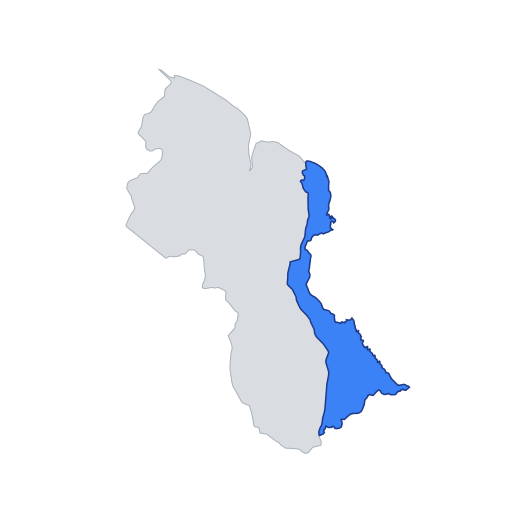 location of East Berbice-Corentyne within Guyana, rotated 347°
{"feature_id": "GUY-671", "entity_name": "East Berbice-Corentyne", "entity_type": "Region", "adm_level": 1, "iso_a3": "GUY", "parent_name": "Guyana", "parent_adm1": "", "projection": "robinson", "projection_center": [-57.523, 3.897], "detail": "fine", "context": "in_parent", "style": "filled", "palette": "blue", "viewbox_px": 512, "rotation_deg": 347, "n_neighbors": 0, "source": "natural_earth", "source_scale": "10m", "svg_char_len": 9631}
<svg xmlns="http://www.w3.org/2000/svg" viewBox="0 0 512 512"><g transform="rotate(347 256 256)"><path d="M167.7,237.9L157.4,224.9L147.0,211.7L136.8,198.8L136.1,197.1L140.4,191.0L144.2,186.5L147.4,184.0L148.9,181.8L147.8,172.4L147.9,169.0L146.4,165.3L145.3,161.1L146.6,157.6L148.2,155.2L150.2,154.3L154.9,153.4L158.3,153.1L159.5,151.7L161.5,150.1L164.0,150.0L169.0,151.1L171.3,149.0L175.5,146.2L184.8,141.3L186.9,138.1L188.4,133.2L188.2,130.9L187.3,130.0L185.0,129.2L181.4,129.1L178.6,130.3L175.7,129.6L173.2,126.6L173.1,124.1L174.5,120.5L173.7,118.2L169.0,110.7L169.1,108.6L172.5,105.3L174.4,102.4L177.0,95.5L179.1,93.3L185.6,92.5L187.3,91.0L190.6,87.4L195.5,83.2L202.6,79.9L204.6,73.9L205.9,72.3L211.6,69.1L212.5,67.4L212.4,66.0L203.4,52.5L205.2,53.4L212.2,62.2L216.1,64.1L216.9,64.1L216.9,61.9L220.5,62.8L229.7,68.8L243.2,78.8L262.1,97.6L267.5,104.7L271.1,108.1L276.8,116.3L278.4,120.3L278.3,136.2L273.3,147.0L272.0,155.1L271.7,165.9L268.8,172.0L272.7,168.7L273.9,158.9L277.2,153.0L281.4,146.5L287.1,145.0L293.3,147.8L298.2,148.2L302.6,150.2L311.8,160.5L320.9,168.7L324.1,175.3L333.7,178.6L339.4,183.8L341.2,188.3L342.4,200.1L340.5,217.8L341.0,218.7L338.4,222.2L338.0,224.4L336.3,228.4L335.0,230.5L336.9,235.4L339.0,235.6L339.9,236.3L340.4,237.2L340.3,238.3L339.5,239.2L337.4,240.4L335.4,243.2L335.6,246.3L334.4,248.0L330.4,248.8L322.6,248.8L318.8,249.1L315.8,249.6L313.8,251.6L311.2,253.0L309.3,253.4L307.5,255.7L305.7,259.0L306.3,261.3L308.1,264.4L309.2,267.5L307.8,272.5L306.3,276.4L305.4,279.4L304.1,285.1L301.1,291.4L299.0,295.0L299.0,298.9L300.1,304.4L306.2,312.4L308.2,316.3L309.8,322.4L315.3,327.3L318.8,331.2L318.5,336.4L318.9,338.0L321.1,339.3L323.7,340.3L326.6,340.3L329.1,339.8L329.7,339.1L335.7,339.0L336.4,340.3L336.7,347.8L337.0,350.8L338.4,352.0L339.2,353.8L339.3,355.5L339.6,359.7L340.4,361.9L340.3,366.4L340.9,368.0L342.6,369.1L344.6,372.3L345.4,372.7L345.8,373.8L347.6,378.4L348.5,379.8L349.1,380.0L349.4,381.5L350.7,385.8L351.6,386.8L353.2,390.0L353.9,393.4L356.1,397.2L358.4,399.9L359.4,402.7L362.2,408.9L365.0,413.3L368.8,414.4L371.9,415.0L373.9,416.7L375.9,418.5L373.8,419.3L371.9,420.4L369.3,419.6L365.7,420.0L362.0,421.2L358.5,421.9L352.1,419.9L350.1,419.6L348.7,418.8L346.0,415.0L344.7,414.5L341.3,416.3L337.1,417.5L335.0,417.3L332.6,418.6L330.4,420.3L326.1,427.8L323.9,430.4L321.5,431.7L316.7,431.6L311.6,431.9L307.8,433.7L304.3,434.6L302.5,434.8L301.9,438.9L301.1,440.8L300.0,441.9L297.2,442.2L294.7,442.0L293.2,440.3L290.4,439.5L287.9,438.9L286.3,437.9L285.0,438.1L283.9,439.8L283.0,441.3L282.3,444.0L278.5,444.8L276.9,446.4L277.8,451.4L277.4,453.4L276.6,454.9L272.1,455.2L268.2,455.1L265.9,457.0L263.1,459.1L261.5,459.5L259.5,459.4L256.8,456.9L254.3,453.8L247.8,451.6L241.4,449.8L237.2,444.9L236.2,442.5L234.3,441.5L229.3,435.6L226.5,431.9L223.6,430.9L220.1,429.3L220.3,426.6L220.1,424.0L218.6,422.9L216.5,422.2L215.8,420.8L216.0,417.4L216.4,408.5L215.8,400.1L211.2,397.2L209.3,395.2L205.8,382.7L204.1,377.1L204.1,372.9L205.2,360.4L206.5,355.0L210.1,344.2L212.1,340.5L212.3,337.8L212.1,334.3L211.0,327.3L217.0,323.0L219.6,321.1L220.0,318.2L223.2,314.5L224.7,310.9L225.8,308.2L225.5,306.7L224.1,305.8L222.5,303.2L219.0,295.6L217.8,294.1L216.7,291.9L217.2,288.6L218.6,284.9L218.4,283.4L216.3,281.4L212.1,278.1L208.5,277.9L205.8,276.7L201.7,276.5L198.5,276.2L196.7,274.9L197.0,272.9L197.8,271.4L200.6,267.6L202.4,263.5L202.6,259.5L203.2,254.2L204.0,249.7L204.4,244.5L200.1,241.1L198.8,238.3L197.0,235.9L195.1,235.9L192.2,234.8L187.6,238.0L184.0,237.4L181.5,238.7L175.8,238.4L172.1,236.8L167.7,237.9Z" fill="#d9dde1" stroke="#a8b0b8" stroke-width="1"/><path d="M335.5,338.0L336.7,340.8L336.8,341.6L336.7,343.5L336.7,343.9L336.3,344.6L336.4,345.0L336.7,345.5L336.8,346.2L336.8,346.8L336.5,348.0L336.5,348.6L336.6,349.2L337.1,350.5L337.0,351.2L336.7,351.6L336.6,352.0L337.1,352.4L337.6,352.5L338.1,352.4L338.8,351.7L338.9,351.9L339.1,352.0L338.4,353.7L338.8,354.7L339.7,355.5L340.1,356.8L340.5,358.3L340.3,358.5L339.6,358.5L339.7,360.3L339.1,361.5L339.7,361.9L341.3,362.1L341.6,362.9L341.0,363.7L340.3,364.4L339.8,365.0L340.5,367.8L340.7,368.4L341.1,368.6L341.4,369.7L342.0,369.9L342.5,369.8L343.5,369.3L344.0,369.2L344.4,369.5L343.5,371.5L343.9,372.6L344.0,372.4L345.7,372.1L346.2,372.4L346.1,373.0L345.5,374.3L345.8,375.0L347.0,376.5L347.5,377.5L347.8,379.7L348.2,380.0L349.2,379.4L349.6,380.1L349.2,381.5L349.2,382.4L349.5,382.9L350.7,384.5L350.8,384.9L350.5,386.8L350.8,387.3L351.5,387.0L352.5,386.2L352.9,386.7L352.9,387.3L352.6,387.9L352.5,388.5L352.7,389.2L352.9,389.7L353.7,390.6L354.0,391.1L353.9,391.7L353.6,392.5L353.9,393.5L355.7,395.2L356.2,396.5L356.2,398.4L356.4,398.9L356.9,399.2L358.0,399.4L358.4,399.7L359.1,400.8L359.5,403.2L359.9,404.4L360.3,406.1L365.0,413.6L366.3,414.3L371.1,414.3L373.0,415.4L373.2,415.9L373.6,416.3L374.0,416.6L375.0,416.9L375.4,417.3L375.7,417.9L375.9,418.5L373.6,419.5L372.1,420.4L371.4,420.5L370.6,420.1L369.9,419.5L369.1,418.9L368.2,418.8L367.4,419.1L366.7,419.7L366.0,420.1L365.0,420.1L364.1,419.9L363.4,420.1L361.3,422.0L360.7,422.3L360.0,422.3L356.5,421.6L355.9,421.4L355.1,420.6L354.8,420.1L354.4,419.8L353.3,419.8L351.7,420.0L350.9,420.0L350.0,419.8L348.7,419.0L347.8,418.2L347.2,417.0L346.9,415.4L345.5,414.1L343.1,415.2L338.9,418.1L337.9,417.9L336.1,416.7L334.9,416.5L333.9,417.0L333.1,417.8L332.5,418.6L331.8,419.4L330.7,420.0L330.0,420.3L329.6,420.8L328.3,424.5L327.8,425.5L324.6,430.1L323.1,431.4L320.8,432.1L319.3,432.1L315.2,431.2L313.4,431.1L311.9,431.6L307.9,433.6L306.3,434.7L305.5,435.1L304.6,435.0L303.2,434.4L302.4,434.2L302.1,434.6L302.2,435.5L302.4,437.2L302.3,438.2L302.0,439.2L301.1,441.0L300.3,442.0L298.3,442.5L296.0,442.4L294.4,441.9L294.0,441.5L293.7,440.2L293.3,439.7L292.5,439.2L292.0,439.3L291.5,439.7L290.9,439.9L290.0,439.8L288.9,439.6L287.9,439.3L287.0,438.8L286.7,438.4L286.2,437.5L286.0,437.4L285.4,437.8L284.8,439.3L284.5,440.0L284.0,440.3L282.9,440.9L282.6,441.3L282.5,441.8L282.8,443.0L282.8,443.5L281.4,444.5L277.2,445.3L277.1,445.5L277.5,442.2L277.9,440.9L279.6,438.2L281.7,435.7L282.3,434.8L284.8,428.3L286.8,424.8L288.6,421.0L296.4,396.4L299.7,389.0L300.3,387.1L300.6,386.0L300.7,384.9L300.7,383.3L300.2,376.1L300.2,375.3L300.4,374.1L301.1,372.5L305.0,366.6L305.1,366.2L305.0,365.1L301.9,356.9L296.8,348.6L296.2,346.9L295.9,345.3L295.8,343.8L296.1,341.2L296.1,340.2L294.4,332.8L294.4,331.5L294.3,330.3L294.0,329.5L292.4,325.8L287.9,318.2L287.5,317.3L287.1,316.1L285.6,309.0L285.5,307.3L285.8,305.7L285.8,304.5L283.9,296.8L280.9,292.1L280.2,290.6L280.4,289.4L282.3,283.4L283.2,279.7L287.4,271.4L287.9,269.4L296.1,269.1L297.6,268.8L298.4,268.3L300.4,262.0L301.1,258.5L301.9,256.3L303.1,254.3L307.9,248.3L310.3,241.1L311.3,239.1L312.9,236.7L314.1,233.2L314.9,231.7L316.4,229.9L316.7,229.0L316.9,227.8L317.3,222.5L319.9,210.2L320.8,207.6L320.9,207.2L320.9,206.2L320.1,205.4L319.4,205.3L318.7,204.3L317.2,200.6L317.3,198.7L317.1,196.1L316.9,194.8L316.0,193.3L316.6,192.6L317.7,192.2L318.0,192.2L318.2,192.3L319.1,193.1L319.4,193.1L319.6,193.0L320.1,192.5L321.1,190.5L321.4,189.3L321.2,188.8L320.4,188.1L320.3,187.8L319.9,186.0L319.9,185.2L320.0,184.5L320.4,183.8L320.7,183.6L321.5,183.4L323.5,183.0L324.2,182.8L324.7,182.5L324.9,182.2L325.0,181.8L325.0,181.5L324.7,180.3L324.9,179.3L325.2,178.7L325.1,178.3L325.3,177.2L325.3,176.2L325.9,175.5L326.4,175.1L326.6,174.9L326.8,174.9L327.7,175.0L328.8,175.4L330.6,176.4L332.7,177.8L334.4,179.0L336.4,180.7L340.4,185.3L341.4,187.0L342.4,189.0L342.8,191.2L342.9,192.6L343.1,193.3L343.4,193.8L343.5,194.3L343.5,194.9L342.8,193.8L342.4,193.4L343.6,196.1L343.6,197.3L343.8,200.2L343.0,202.2L342.8,203.2L342.2,204.8L342.2,205.9L341.7,207.3L341.6,208.6L342.7,210.7L342.6,213.7L342.1,215.4L341.5,216.6L340.9,217.8L338.4,221.8L338.4,222.2L338.0,223.4L337.8,224.3L337.8,225.5L337.6,226.7L337.1,227.6L334.7,230.3L334.3,230.9L334.1,231.5L334.3,232.1L334.8,232.1L335.5,231.7L336.0,231.9L336.3,231.8L336.4,232.0L336.5,235.9L336.6,236.3L336.8,236.6L337.3,236.7L337.7,236.7L338.0,236.4L338.1,236.1L337.6,235.4L337.4,234.9L337.5,234.3L337.9,234.1L338.4,234.0L338.9,234.2L339.1,234.5L339.5,235.6L341.1,237.8L341.5,238.9L341.3,239.7L340.7,240.4L339.9,240.9L339.1,241.2L338.9,240.1L338.5,239.5L337.8,239.3L337.0,239.3L336.4,239.6L336.1,240.4L335.8,242.0L335.0,243.8L334.9,244.5L334.8,245.2L335.1,245.8L336.8,247.6L336.3,248.0L335.9,247.9L335.6,247.7L335.1,247.6L334.4,247.8L333.1,248.4L331.9,248.8L328.0,249.2L327.2,249.5L326.6,249.6L326.3,249.4L325.5,248.6L325.2,248.4L324.0,248.5L322.9,248.7L320.7,249.6L318.8,248.6L317.0,248.7L315.3,249.7L314.0,251.1L313.3,252.7L312.7,253.2L311.5,253.4L310.9,253.2L310.4,253.0L310.0,252.8L309.4,253.0L309.0,253.4L308.0,255.2L306.4,257.2L305.7,258.5L305.3,260.4L305.7,261.1L306.5,261.6L307.3,262.2L308.0,264.5L309.3,266.4L309.7,267.4L309.6,268.4L309.2,269.4L308.4,270.8L307.6,273.6L306.8,275.2L305.9,277.7L305.5,279.5L304.5,280.9L304.0,281.8L303.8,282.8L303.9,283.7L304.2,284.5L304.3,285.4L304.2,286.8L303.9,287.9L303.4,288.9L299.1,293.8L298.4,295.0L298.4,296.1L299.0,298.5L299.6,303.2L300.1,305.2L301.3,306.9L304.5,309.7L305.3,310.8L307.8,314.9L308.8,317.4L309.0,318.5L309.1,321.0L309.4,322.2L310.0,323.2L310.8,323.8L313.2,324.9L315.1,326.2L315.2,326.6L315.5,327.6L315.9,328.4L316.0,328.8L316.2,329.1L316.4,329.2L317.0,329.3L317.1,329.5L318.3,330.2L319.1,331.3L319.0,332.2L318.3,333.9L318.4,334.9L318.1,336.8L318.2,337.3L318.4,338.0L318.5,338.3L318.8,338.5L319.2,338.7L320.6,339.0L322.9,340.5L323.5,340.7L323.9,340.6L324.4,339.5L325.0,339.6L325.9,340.3L326.7,340.4L327.0,340.6L327.3,341.1L327.6,340.9L328.1,340.3L329.5,339.9L329.8,339.4L329.8,338.4L331.3,339.2L332.6,339.6L333.9,339.4L335.5,338.0Z" fill="#3b82f6" stroke="#1e3a8a" stroke-width="1.5"/></g></svg>